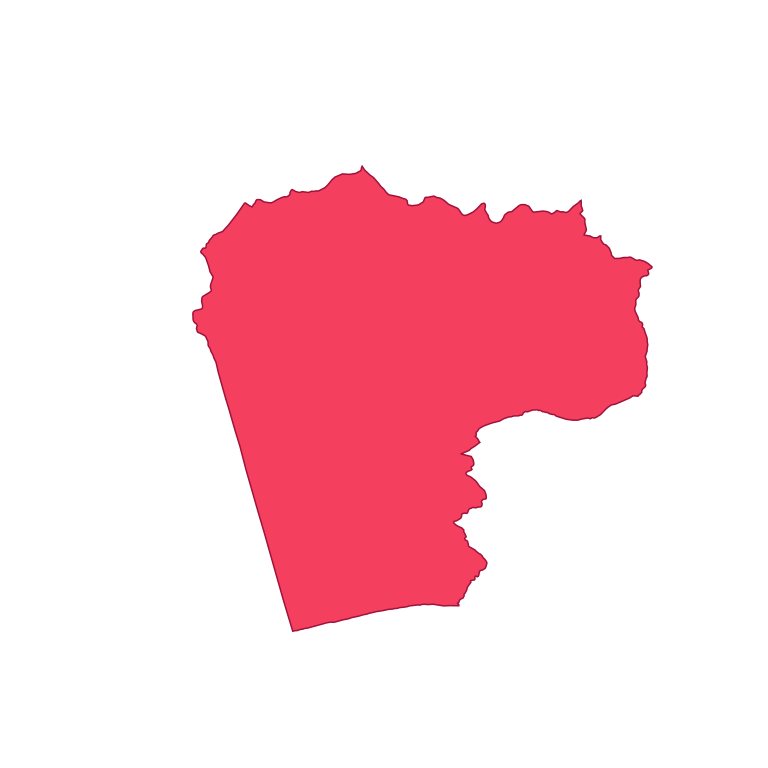 outline of Chepen, La Libertad, Peru, rotated 301°
{"feature_id": "86281439B86274987783552", "entity_name": "Chepen", "entity_type": "district", "adm_level": 2, "iso_a3": "PER", "parent_name": "Peru", "parent_adm1": "La Libertad", "projection": "mercator", "projection_center": [-79.436, -7.136], "detail": "fine", "context": "isolated", "style": "filled", "palette": "rose", "viewbox_px": 768, "rotation_deg": 301, "n_neighbors": 0, "source": "geoboundaries", "source_scale": "gbopen_adm2", "svg_char_len": 6171}
<svg xmlns="http://www.w3.org/2000/svg" viewBox="0 0 768 768"><g transform="rotate(301 384 384)"><path d="M559.4,253.1L557.8,253.3L555.9,254.1L554.5,254.0L550.0,251.3L546.0,246.6L542.7,240.2L536.1,235.4L532.6,234.3L525.8,233.3L522.9,232.6L521.1,231.8L515.7,228.4L514.2,225.9L513.0,224.7L511.9,222.6L509.4,220.8L506.8,215.0L504.5,212.7L503.5,209.1L503.4,205.2L502.5,204.7L500.9,204.7L499.7,204.8L498.4,205.6L497.4,205.6L495.0,204.7L494.2,204.0L493.0,201.9L490.8,200.0L486.7,197.3L482.4,195.0L481.5,194.2L480.6,193.0L478.3,187.4L478.3,183.1L477.1,180.8L476.3,180.0L475.6,179.8L472.7,180.2L470.3,179.6L468.7,179.9L467.8,179.6L467.5,176.5L467.8,172.0L467.1,171.3L453.5,170.4L440.1,168.8L431.6,167.1L427.5,163.8L425.9,163.0L424.0,161.4L423.2,161.1L421.6,161.1L417.1,160.3L414.8,160.7L412.9,159.8L412.2,159.8L409.7,160.9L408.9,161.0L408.1,160.6L407.8,159.6L407.2,159.0L406.2,158.7L403.1,158.7L402.3,159.6L401.9,162.1L400.7,165.5L399.9,166.8L394.8,172.9L390.6,177.1L387.9,182.2L386.9,182.7L379.8,184.3L377.8,185.2L375.5,187.7L374.6,187.9L372.6,187.2L366.4,183.9L364.6,183.4L360.9,185.1L357.5,188.3L355.5,189.2L354.3,188.9L349.8,184.4L348.8,183.8L347.4,183.4L346.1,183.8L340.6,187.4L339.6,188.8L339.0,190.3L338.8,192.6L337.6,194.1L336.5,194.1L334.9,194.7L332.7,197.1L332.4,198.2L332.8,199.7L333.1,205.0L333.0,206.3L332.3,207.5L329.7,211.3L326.4,213.5L324.7,216.8L322.7,219.0L321.0,222.1L318.5,225.1L316.1,228.8L308.4,236.2L289.6,256.2L284.1,262.4L268.0,279.7L256.4,292.6L240.0,309.3L209.4,342.1L195.0,357.8L146.6,409.4L125.1,433.1L127.3,435.5L128.0,436.7L130.3,438.5L132.2,440.8L133.5,441.8L135.4,444.2L149.5,457.6L152.4,460.9L153.7,463.4L154.8,464.7L160.6,470.2L164.5,474.5L167.2,476.7L172.0,481.9L175.5,485.1L178.0,487.9L180.0,489.5L180.8,490.5L184.9,494.6L189.4,500.0L193.1,503.9L195.6,507.4L196.4,508.0L198.6,511.0L200.4,512.6L202.7,515.7L205.1,518.6L206.9,520.1L211.9,526.6L213.3,529.1L214.9,530.3L217.0,533.9L217.3,534.9L220.5,539.5L224.5,549.4L228.0,554.7L232.4,562.3L233.5,561.7L233.6,560.4L233.9,559.9L235.2,560.6L237.6,560.1L239.2,560.6L241.1,561.9L241.8,562.0L243.9,561.7L245.0,560.9L246.5,561.2L249.4,561.1L251.2,560.7L252.5,560.1L258.8,560.6L259.8,559.5L260.4,559.8L262.7,562.5L263.8,562.4L265.3,561.2L266.3,561.3L266.7,561.9L266.7,563.1L267.5,563.8L268.6,563.8L272.2,562.5L273.6,562.5L275.4,564.4L278.0,565.6L279.7,565.5L283.2,564.6L284.2,563.8L285.5,561.1L286.3,558.2L287.3,556.4L287.8,554.3L287.6,553.3L288.0,549.6L288.6,547.2L288.4,540.3L291.9,537.0L292.4,535.9L292.4,533.4L292.9,532.8L293.9,532.7L295.1,533.2L295.6,532.9L297.9,529.5L298.3,528.5L299.9,527.7L300.1,527.4L300.7,524.5L300.2,521.2L300.2,518.6L300.7,515.7L301.2,515.0L301.9,514.8L302.5,515.0L304.3,516.8L308.0,518.7L308.8,518.9L310.4,518.7L312.6,517.7L313.2,517.9L314.9,519.7L315.8,521.7L317.1,521.9L319.9,521.3L321.2,521.6L322.5,522.8L323.8,523.5L325.3,526.7L326.7,527.7L328.4,530.1L329.3,530.5L330.0,530.6L331.9,529.8L333.1,528.3L334.2,527.9L335.9,528.3L336.6,528.8L337.9,530.5L339.2,530.3L341.7,528.4L344.2,525.3L344.5,524.5L345.5,518.6L347.6,514.1L348.3,511.8L349.0,506.2L348.5,502.2L349.1,500.7L349.7,500.2L350.4,500.0L353.1,501.4L354.2,502.6L355.5,503.3L356.1,503.4L357.4,501.7L358.0,501.5L360.2,502.5L361.0,502.5L362.5,501.7L364.8,499.6L366.8,496.2L363.6,485.6L364.8,486.8L370.9,491.2L373.6,491.9L377.9,494.1L383.4,496.2L383.7,495.2L384.9,493.3L386.2,489.7L386.2,489.2L387.8,489.4L389.7,487.9L391.6,488.4L394.7,488.5L398.7,490.6L401.8,493.0L406.3,496.7L411.8,502.2L415.8,504.4L419.9,507.8L421.3,509.8L423.5,511.8L426.2,516.0L427.4,516.6L428.1,518.0L429.0,518.5L431.1,518.3L433.3,519.5L434.2,521.6L435.5,522.4L438.8,525.4L439.2,526.4L440.7,528.3L440.9,530.0L441.7,531.3L442.0,532.5L441.9,534.3L442.6,535.2L442.9,537.1L443.7,538.7L443.8,541.4L444.7,544.3L445.5,545.4L445.2,548.4L447.7,558.6L450.3,564.6L453.0,569.0L455.2,570.9L459.8,576.2L460.5,578.8L462.3,579.7L463.3,582.1L465.8,583.6L469.4,585.4L476.9,587.1L480.6,588.4L483.3,589.8L485.9,592.7L498.4,601.7L502.3,603.6L504.3,608.0L505.3,608.0L507.1,608.7L509.6,609.2L511.0,608.4L512.5,608.2L516.3,609.3L517.9,608.8L519.4,607.1L524.0,605.7L525.6,605.7L526.6,605.3L527.8,604.3L530.3,602.9L533.5,601.5L536.2,598.9L538.5,597.8L542.0,593.8L547.5,592.6L550.4,591.1L553.5,589.9L556.5,587.3L557.3,587.0L559.1,585.6L563.1,580.7L565.1,578.7L566.0,576.0L568.4,574.9L568.9,574.4L569.5,573.3L569.2,571.0L569.7,569.5L572.2,567.1L575.6,561.9L577.9,559.9L581.6,559.1L585.5,556.7L586.7,556.5L590.1,557.3L591.2,557.0L593.2,555.9L594.7,554.1L595.4,553.7L597.2,553.5L599.6,553.7L604.1,550.5L606.5,549.6L608.3,550.0L610.8,551.5L612.1,553.4L613.5,554.1L614.3,554.2L615.1,553.9L616.0,553.1L617.0,551.7L617.5,551.5L620.6,553.4L621.4,553.7L622.4,553.5L623.3,548.5L623.3,544.3L622.0,539.0L620.5,537.5L619.9,536.1L619.8,530.2L619.3,529.3L617.8,527.5L615.9,524.3L613.1,521.3L610.4,517.1L611.4,513.2L611.8,512.5L613.5,511.0L616.4,507.2L617.5,503.0L617.1,500.6L617.7,498.5L619.5,495.2L622.5,493.7L622.3,493.0L621.7,492.5L619.2,491.4L617.7,489.0L617.1,487.4L617.0,484.5L614.8,478.8L615.2,478.6L619.8,478.3L621.1,477.5L624.6,474.1L626.4,472.6L628.8,471.3L629.3,470.4L630.8,464.4L631.1,464.2L634.5,465.1L635.2,464.9L638.6,461.0L641.1,459.7L642.9,458.4L641.8,457.8L639.5,457.4L633.9,454.9L626.9,453.3L625.7,452.6L624.6,451.3L623.7,448.4L622.5,447.0L621.8,443.0L621.3,442.5L619.1,441.9L616.6,440.5L616.0,439.9L616.2,437.2L615.4,433.9L614.0,431.0L609.2,424.8L608.5,424.3L608.3,422.5L611.0,416.6L610.3,412.4L608.5,409.3L606.6,407.9L597.7,404.8L595.1,401.9L591.6,400.5L590.0,400.4L588.4,400.8L584.6,400.7L582.3,399.9L579.7,397.5L579.1,395.7L578.6,393.0L578.9,391.0L580.5,387.8L581.6,387.0L582.5,385.9L582.9,384.7L585.3,380.6L588.6,379.3L589.6,378.7L590.2,378.0L590.5,376.6L588.7,374.9L581.6,373.3L577.3,371.8L571.7,368.2L569.8,366.0L569.6,364.9L569.8,363.2L572.3,357.7L572.5,356.5L571.3,347.0L572.4,340.5L572.3,337.6L572.2,336.2L571.0,332.9L570.8,330.0L567.2,326.1L565.2,323.3L564.0,323.3L560.9,323.8L560.0,323.7L555.2,321.2L551.4,316.4L550.0,312.9L550.2,311.8L553.1,309.3L553.6,307.5L552.7,304.3L552.2,300.7L548.7,290.7L549.3,287.5L551.0,283.3L551.8,279.2L552.8,277.0L555.5,268.9L555.9,264.3L557.4,257.3L559.4,253.1Z" fill="#f43f5e" stroke="#9f1239" stroke-width="1.5"/></g></svg>